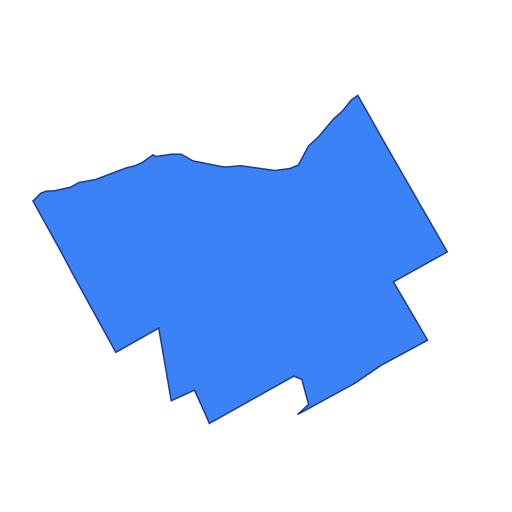 Monroe, New York, United States of America (Mercator projection), rotated 331°
{"feature_id": "52423323B52767364873789", "entity_name": "Monroe", "entity_type": "district", "adm_level": 2, "iso_a3": "USA", "parent_name": "United States of America", "parent_adm1": "New York", "projection": "mercator", "projection_center": [-77.731, 43.155], "detail": "fine", "context": "isolated", "style": "filled", "palette": "blue", "viewbox_px": 512, "rotation_deg": 331, "n_neighbors": 0, "source": "geoboundaries", "source_scale": "gbopen_adm2", "svg_char_len": 795}
<svg xmlns="http://www.w3.org/2000/svg" viewBox="0 0 512 512"><g transform="rotate(331 256 256)"><path d="M86.7,272.3L136.1,271.9L134.9,275.0L111.7,341.5L137.1,343.4L135.2,368.7L134.0,379.8L230.8,379.4L236.3,386.2L230.0,411.3L215.6,414.8L281.4,415.2L312.3,412.2L365.2,412.8L363.7,345.2L425.3,345.1L423.4,225.2L422.9,164.9L414.8,165.8L402.0,171.1L390.0,173.8L368.4,182.1L355.3,185.2L337.3,196.9L337.2,196.9L328.2,196.0L314.0,190.4L300.5,180.3L289.7,172.1L286.3,169.6L272.6,163.5L269.0,160.9L246.8,142.1L239.9,130.7L231.0,125.8L216.7,120.5L215.0,117.6L201.5,119.1L194.9,118.6L188.6,117.0L184.5,115.9L152.7,111.3L136.7,105.9L127.0,105.9L110.7,101.0L104.0,97.6L98.0,96.8L88.0,99.7L87.6,99.7L87.5,159.4L87.1,181.9L86.9,208.1L86.7,272.3Z" fill="#3b82f6" stroke="#1e3a8a" stroke-width="1.5"/></g></svg>